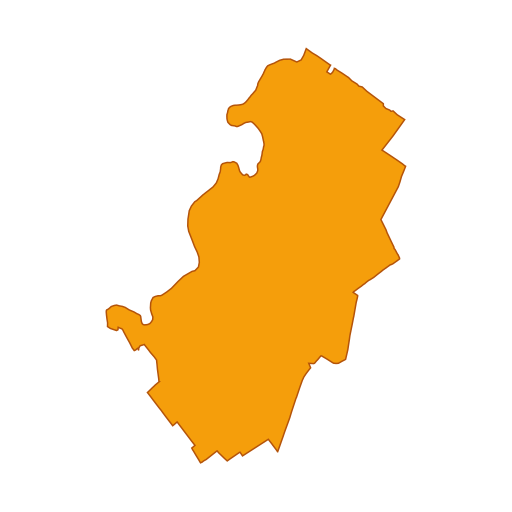 the district of Mihailesti, Giurgiu, Romania, rotated 276°
{"feature_id": "2599482B73686202162005", "entity_name": "Mihailesti", "entity_type": "district", "adm_level": 2, "iso_a3": "ROU", "parent_name": "Romania", "parent_adm1": "Giurgiu", "projection": "equal_earth", "projection_center": [25.91, 44.314], "detail": "fine", "context": "isolated", "style": "filled", "palette": "amber", "viewbox_px": 512, "rotation_deg": 276, "n_neighbors": 0, "source": "geoboundaries", "source_scale": "gbopen_adm2", "svg_char_len": 6053}
<svg xmlns="http://www.w3.org/2000/svg" viewBox="0 0 512 512"><g transform="rotate(276 256 256)"><path d="M407.2,389.6L411.2,381.7L414.6,377.2L414.0,375.1L415.1,373.7L416.3,369.7L418.5,367.0L420.8,366.7L431.4,349.0L435.2,344.0L435.7,340.5L437.5,338.6L440.2,333.0L443.0,329.6L446.9,322.3L449.4,317.1L450.6,315.4L450.8,314.3L450.0,314.3L447.2,313.2L445.6,312.1L444.6,311.0L446.5,307.2L446.9,307.3L448.5,308.0L451.1,309.1L453.6,310.2L453.9,309.4L455.8,306.0L458.8,300.7L461.4,295.9L463.8,290.7L467.5,284.3L460.5,282.5L455.7,280.4L453.2,276.3L455.4,269.6L454.6,262.9L453.1,259.1L450.6,255.2L449.8,254.2L448.7,251.9L447.5,249.6L446.4,247.8L445.4,247.1L443.9,246.3L442.9,245.9L442.1,245.5L441.4,245.3L440.6,245.1L439.7,244.7L439.0,244.5L438.1,244.3L437.1,243.8L436.0,243.4L431.9,241.5L430.9,241.1L430.0,240.6L428.8,240.2L427.8,239.9L427.0,239.8L425.9,239.8L425.2,239.7L424.7,239.5L424.2,239.3L423.0,239.0L420.8,238.4L420.2,237.9L419.5,237.5L418.9,237.0L416.9,235.7L416.2,235.1L415.3,234.4L413.5,233.4L412.6,232.7L410.5,231.5L409.7,230.9L408.6,230.2L407.0,228.8L405.8,227.4L405.2,226.0L404.7,224.4L404.3,222.7L403.9,220.6L403.8,219.6L403.6,218.7L403.3,217.6L402.3,215.7L401.7,214.8L401.0,214.2L399.8,213.3L399.0,213.2L398.1,213.0L397.2,212.8L396.1,212.8L394.5,212.5L393.3,212.3L392.9,212.4L392.2,212.4L390.8,212.6L389.4,212.8L387.6,213.4L386.0,214.1L384.7,215.6L383.9,216.6L383.3,217.9L383.2,220.5L383.2,221.3L382.8,222.8L382.7,223.5L383.1,224.6L385.1,228.1L386.8,230.3L387.8,232.0L388.2,233.7L389.1,236.5L388.9,237.7L388.6,238.4L387.3,240.2L386.3,241.4L385.4,242.4L384.3,243.6L383.4,244.6L382.2,245.7L380.2,247.4L378.1,249.0L375.3,250.1L373.7,250.6L372.2,251.1L371.1,251.4L370.4,251.8L369.5,251.9L368.4,252.3L366.6,252.4L365.2,252.1L364.5,252.1L363.4,252.0L362.7,252.0L361.8,251.7L360.4,251.4L358.8,251.4L356.5,251.3L354.9,251.0L353.5,250.9L352.2,250.8L351.5,250.6L350.4,250.4L349.2,249.5L348.6,249.0L347.8,248.3L346.5,248.0L345.3,248.0L343.9,248.3L342.6,248.7L341.0,248.8L338.5,248.1L337.7,247.4L336.6,246.5L335.8,245.7L335.0,244.5L333.8,242.0L333.7,241.3L334.6,240.4L336.1,239.1L336.4,237.7L335.6,237.2L335.0,236.0L335.2,234.6L335.6,233.9L336.5,233.0L337.1,232.3L337.9,231.5L338.7,230.9L340.4,230.2L342.7,229.3L344.4,228.5L345.6,227.6L346.2,227.2L347.0,225.2L347.4,224.1L347.3,223.8L347.4,223.2L346.9,222.3L346.2,220.8L346.0,217.5L345.0,214.8L344.3,213.1L342.9,212.0L340.7,211.6L339.1,211.7L335.9,211.6L333.4,210.9L328.7,210.2L324.5,208.9L320.1,206.0L311.3,196.9L305.0,191.3L303.5,189.4L298.8,186.5L294.1,184.9L285.6,184.5L278.7,185.0L273.5,186.5L264.8,191.0L259.0,193.9L253.8,197.1L249.1,199.3L243.7,200.3L239.0,199.9L235.0,196.8L234.0,194.0L232.1,191.4L228.2,186.0L222.6,181.2L215.0,175.3L210.8,170.9L208.4,168.0L207.0,166.2L206.5,165.1L206.2,162.7L205.2,160.0L204.0,158.0L200.5,156.6L198.3,156.2L196.1,156.3L193.6,156.4L191.3,156.8L187.6,158.3L184.6,159.8L181.9,159.9L179.7,158.9L177.8,157.6L176.5,155.5L176.5,155.0L176.2,154.3L175.8,152.0L176.1,150.8L176.9,149.8L179.0,148.8L183.9,147.6L184.7,147.1L185.6,145.5L186.2,143.5L187.6,140.5L189.1,135.6L191.2,131.3L191.9,128.4L192.1,125.4L192.6,122.5L192.0,120.3L190.6,117.3L189.0,115.9L187.9,114.8L187.3,114.0L186.8,113.2L186.3,112.9L185.6,112.9L184.8,112.9L181.6,113.5L177.7,114.4L174.0,115.4L170.3,115.7L168.7,118.8L167.3,125.1L168.2,126.4L170.7,126.4L169.8,129.1L169.8,129.6L169.4,130.4L169.3,130.6L169.0,130.8L168.6,131.2L168.1,131.6L167.0,132.2L162.4,135.3L160.4,136.7L159.1,137.6L157.3,138.9L156.1,139.7L151.4,142.7L150.4,143.7L149.5,144.5L149.2,144.8L149.6,145.6L149.8,145.8L150.2,146.4L151.2,147.2L151.5,147.6L151.9,148.1L150.4,148.9L150.5,149.1L151.2,149.0L151.6,148.9L152.2,149.1L153.1,149.4L153.8,149.7L154.3,149.9L154.5,150.2L154.8,150.6L156.3,154.2L156.1,154.3L151.2,159.1L149.0,161.1L145.1,165.3L142.1,168.0L140.0,168.4L138.3,168.8L133.2,169.8L124.9,171.8L123.2,172.2L121.1,172.6L120.8,172.7L120.8,172.8L118.1,170.2L117.1,169.2L116.3,168.6L113.9,166.5L112.4,165.3L108.9,162.3L104.6,166.4L102.2,168.6L98.6,172.0L94.7,175.7L93.5,176.9L92.2,178.2L90.9,179.3L87.2,182.7L78.5,190.9L79.8,192.2L82.7,194.9L82.5,195.1L66.5,210.1L65.0,211.5L61.3,215.1L60.1,214.0L58.3,212.2L56.6,213.3L55.5,214.2L51.2,217.4L47.3,220.4L45.2,221.9L44.5,222.5L45.4,223.9L45.6,224.3L46.0,224.5L47.1,225.8L47.9,227.0L48.4,227.7L58.1,237.6L58.1,237.8L57.3,238.5L56.5,239.3L54.4,242.0L51.5,245.7L50.6,246.9L49.2,248.8L49.8,249.5L51.6,251.5L59.1,260.3L59.2,260.6L55.8,263.5L75.0,287.4L70.5,291.7L69.8,292.3L68.1,293.9L65.3,296.5L64.1,297.5L63.8,297.8L63.6,297.9L63.6,298.0L66.4,298.7L74.4,300.6L79.8,301.9L81.7,302.3L85.1,303.1L96.7,306.0L99.2,306.6L99.3,306.6L99.9,306.7L105.1,307.7L114.3,309.7L116.6,310.2L118.2,310.5L119.9,311.1L120.1,311.1L130.0,313.3L137.4,315.1L139.3,315.8L140.1,316.0L141.0,316.4L143.5,317.7L145.1,318.6L145.6,318.9L149.5,321.3L150.5,322.0L154.8,319.7L155.0,324.4L155.0,324.6L155.3,325.1L155.5,325.4L155.8,325.7L156.3,326.0L156.7,326.3L157.1,326.5L158.1,327.2L159.2,328.1L163.1,330.7L163.4,331.0L163.4,331.4L163.5,331.6L163.4,331.9L161.5,336.1L160.4,338.4L157.9,343.4L157.7,343.9L157.5,344.4L157.5,345.1L157.5,346.9L157.8,348.6L158.0,349.3L160.5,352.8L162.0,355.1L162.6,355.9L172.3,357.1L176.9,357.3L183.3,357.6L186.7,357.7L198.2,358.8L205.2,359.4L205.5,359.5L220.3,360.5L223.8,361.0L226.6,361.3L227.0,361.3L227.4,361.2L227.5,361.0L230.0,356.4L230.5,356.7L231.1,357.3L232.1,358.5L234.4,360.9L236.9,363.8L238.7,365.6L239.1,366.0L239.8,367.0L240.1,367.2L241.6,368.6L243.6,370.7L243.9,371.2L244.4,372.0L245.2,373.0L247.0,375.3L250.3,378.6L252.4,380.8L253.6,382.1L255.4,383.8L255.7,384.2L261.2,390.4L261.4,390.5L261.4,391.0L261.7,391.5L262.4,392.7L262.7,393.1L267.6,398.6L268.1,399.1L268.9,399.0L270.6,398.0L272.3,397.0L272.7,396.5L276.7,393.8L277.4,393.2L277.8,392.6L278.4,392.4L279.2,392.3L279.8,391.9L283.2,389.8L284.8,388.8L293.0,383.8L295.4,382.7L305.3,376.4L339.8,390.3L344.7,391.4L350.4,392.4L354.7,393.7L356.1,394.1L357.5,394.5L360.9,395.4L361.4,394.3L363.0,391.9L366.2,386.1L367.5,383.6L368.9,381.0L374.5,370.2L389.7,379.7L407.2,389.6Z" fill="#f59e0b" stroke="#b45309" stroke-width="1.5"/></g></svg>